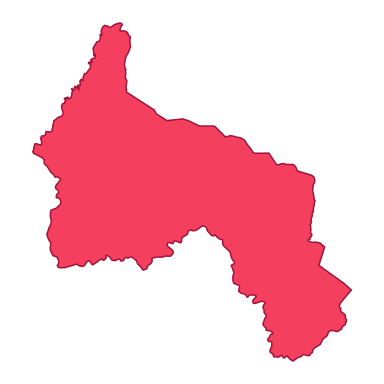 the district of Victoria, Yoro, Honduras
{"feature_id": "27666195B67496121573402", "entity_name": "Victoria", "entity_type": "district", "adm_level": 2, "iso_a3": "HND", "parent_name": "Honduras", "parent_adm1": "Yoro", "projection": "natural_earth1", "projection_center": [-87.58, 15.094], "detail": "fine", "context": "isolated", "style": "filled", "palette": "rose", "viewbox_px": 384, "rotation_deg": 0, "n_neighbors": 0, "source": "geoboundaries", "source_scale": "gbopen_adm2", "svg_char_len": 5847}
<svg xmlns="http://www.w3.org/2000/svg" viewBox="0 0 384 384"><path d="M162.3,257.2L165.0,256.1L170.2,256.2L171.2,255.6L173.0,253.5L173.3,251.9L172.4,250.1L168.3,246.8L167.2,245.4L167.1,244.4L167.8,243.0L169.5,242.4L171.8,243.5L172.7,243.6L173.3,243.1L174.2,241.2L174.9,240.9L176.8,241.3L179.5,242.6L180.8,242.7L181.5,241.6L181.7,238.7L182.1,237.9L183.1,236.9L187.3,234.4L187.7,233.7L187.9,231.8L188.8,230.7L190.8,229.9L192.9,230.8L195.2,230.6L197.7,229.3L201.8,226.2L202.8,226.0L205.5,226.5L206.4,227.7L206.6,228.9L207.7,231.2L211.6,235.5L213.4,236.0L215.1,234.7L218.2,238.3L220.8,239.5L222.5,239.7L222.8,240.4L222.7,243.8L223.5,245.8L228.4,250.3L230.1,252.3L231.4,257.4L232.7,260.0L234.4,262.1L234.4,263.1L234.0,263.8L231.5,265.1L231.2,265.6L232.9,269.3L233.7,272.3L233.8,273.9L233.0,275.5L232.9,276.4L232.9,280.4L233.9,283.4L238.7,285.2L239.5,285.9L239.6,286.8L238.7,290.2L238.7,291.3L241.1,293.2L244.3,294.0L245.3,294.5L246.0,295.1L246.7,296.8L247.2,297.2L248.0,296.9L249.3,295.3L250.4,294.9L253.1,295.1L254.5,294.9L255.2,295.7L256.4,296.1L255.0,298.1L253.4,299.6L252.9,300.4L253.0,302.6L253.6,303.4L255.2,303.4L261.7,301.2L263.9,301.8L264.6,302.4L264.7,303.6L263.3,305.7L263.0,307.6L264.1,310.1L264.1,312.5L266.1,315.3L266.2,316.6L264.7,318.8L263.2,323.1L263.1,324.5L263.4,325.4L265.9,327.9L266.1,329.8L266.4,330.3L270.8,331.1L272.7,332.9L272.5,333.9L270.8,334.4L270.3,335.0L269.6,336.9L268.1,338.4L267.7,339.9L268.8,341.6L271.0,341.4L271.7,342.1L271.9,343.5L271.7,346.7L270.7,348.2L270.4,350.0L269.8,350.9L270.6,352.7L273.0,353.7L273.2,355.6L273.7,356.5L274.3,357.0L276.4,356.9L278.4,357.2L280.6,355.7L281.5,355.4L282.2,355.8L283.4,357.7L284.1,358.0L284.9,357.6L286.4,356.0L287.0,355.8L289.9,359.2L293.1,361.0L297.8,357.6L301.3,356.5L303.0,354.4L308.4,355.7L309.5,355.5L310.0,355.1L310.6,353.5L312.3,352.5L313.0,349.8L314.0,348.4L320.3,344.3L322.8,339.2L327.2,335.7L328.4,332.2L329.0,331.5L330.6,330.5L334.0,330.7L336.7,331.6L338.9,330.8L341.6,328.9L342.4,326.6L345.2,324.6L346.3,321.4L346.3,319.4L345.3,318.0L345.4,315.4L344.4,314.1L340.6,311.3L340.8,308.4L339.9,307.7L339.1,306.2L340.6,302.8L351.3,290.0L344.5,283.8L318.9,265.4L324.6,247.0L319.7,242.8L317.3,242.5L315.9,242.0L314.8,242.4L311.3,242.2L308.0,240.7L308.7,239.2L309.8,239.3L310.4,237.4L311.4,236.2L311.8,235.0L311.7,234.1L310.4,232.5L311.0,229.7L310.5,226.9L310.7,225.5L310.1,224.5L311.6,222.1L311.0,219.3L312.3,215.7L312.0,213.8L313.1,212.3L313.3,210.7L313.5,210.4L313.3,209.2L313.6,207.1L314.2,205.4L314.3,202.9L315.1,200.7L314.1,199.3L313.5,194.0L312.6,190.9L313.2,185.0L314.7,182.1L314.6,179.4L313.9,177.0L311.7,175.3L297.1,170.8L296.0,167.4L294.5,165.5L293.2,164.5L286.5,164.5L283.8,163.6L281.4,163.7L278.9,164.8L276.4,164.5L268.9,153.1L255.3,153.3L253.8,152.9L252.9,152.1L250.6,148.6L247.3,144.5L244.8,140.5L243.9,139.7L241.7,138.4L237.9,137.2L236.1,137.2L235.0,136.5L230.3,135.6L225.6,137.1L215.2,126.8L214.0,126.1L199.5,126.0L188.8,120.9L182.8,118.9L167.0,120.6L156.3,113.9L154.4,110.1L126.5,92.1L126.2,91.1L126.7,90.0L126.2,89.1L126.0,86.3L126.9,81.0L125.2,77.1L125.8,73.4L125.3,72.0L125.9,69.7L125.1,68.1L124.4,64.9L125.3,59.3L126.2,56.1L128.3,52.7L130.6,46.5L129.9,42.9L129.9,39.0L130.4,37.4L130.2,36.7L128.3,35.0L127.7,32.8L127.1,32.2L123.8,30.7L121.0,31.2L120.2,30.9L120.0,29.7L120.6,27.6L122.2,25.1L121.7,23.7L121.2,23.3L119.3,23.0L115.2,24.3L113.1,25.5L110.6,27.5L109.9,27.5L108.3,26.3L104.6,25.4L102.7,27.1L101.4,30.2L101.2,31.6L101.8,34.3L101.5,35.1L100.6,34.5L100.1,34.7L100.4,37.3L100.0,39.9L99.1,41.1L96.6,42.0L95.8,44.0L94.5,45.3L94.0,47.1L93.0,48.2L93.5,49.9L93.8,55.5L94.5,55.9L95.3,54.8L95.8,56.0L95.0,57.0L94.5,58.3L92.4,58.6L90.9,59.9L90.8,60.9L92.3,61.6L92.3,62.1L90.9,62.9L89.3,62.1L88.6,62.4L88.7,63.3L90.4,64.9L90.6,66.0L90.5,66.9L89.7,68.9L88.4,70.2L86.7,73.0L85.9,73.6L84.6,73.5L83.2,77.1L82.8,80.5L82.4,80.7L81.2,79.4L79.9,81.2L80.3,84.5L80.1,85.5L79.7,85.8L78.2,85.0L77.7,85.3L77.8,86.1L79.0,87.8L78.8,89.5L77.1,87.6L75.6,86.4L75.0,86.3L74.5,87.1L75.0,88.7L74.5,89.7L74.0,89.9L72.2,88.5L71.6,89.0L72.8,91.3L71.8,92.9L71.8,95.8L69.9,98.7L69.3,98.8L68.1,97.5L67.4,97.2L67.2,97.4L67.3,98.4L67.1,98.9L66.8,98.9L66.4,97.7L64.5,98.4L64.4,99.0L65.4,99.6L65.6,100.0L64.7,102.0L64.5,103.2L64.1,103.5L62.8,103.5L61.5,106.2L62.3,110.5L63.3,112.3L63.1,113.4L62.2,115.4L61.3,116.4L58.2,117.3L53.8,120.9L53.5,123.3L52.9,125.2L52.8,127.0L52.0,129.2L52.5,130.5L52.3,130.9L49.7,132.3L48.4,131.6L46.2,131.5L45.8,132.0L45.6,134.3L45.3,134.9L43.6,136.0L41.9,135.9L41.4,136.3L40.7,138.5L41.5,141.3L41.6,143.9L41.3,144.7L39.2,144.6L36.2,143.7L34.9,143.9L33.7,148.1L33.7,149.9L32.7,151.7L33.7,153.5L38.9,155.9L42.9,158.2L44.2,159.9L44.1,162.8L44.6,163.9L45.6,165.2L46.9,166.0L51.0,172.4L53.9,174.9L55.1,177.2L57.3,176.8L60.6,179.0L60.2,180.1L56.3,185.0L55.7,186.2L55.4,187.7L56.0,188.8L58.0,190.1L58.6,191.9L58.3,193.1L56.6,194.7L56.2,197.1L56.9,197.9L59.1,198.1L59.6,198.5L60.8,201.2L60.6,203.5L60.0,204.6L56.6,208.0L51.0,210.2L50.6,211.5L50.3,216.5L51.3,220.5L51.2,222.6L50.5,224.8L48.7,228.4L47.9,231.6L47.0,233.4L47.1,235.6L47.7,237.4L49.2,240.6L50.9,242.9L50.2,247.7L50.5,250.6L53.0,255.6L56.3,256.8L57.6,258.1L58.9,261.6L58.2,264.1L57.3,265.5L58.0,267.0L59.9,267.8L65.0,267.6L76.8,264.1L79.0,265.7L81.3,266.4L82.8,266.4L84.7,265.1L87.4,261.3L88.9,260.8L90.4,261.8L92.1,264.6L92.9,264.7L97.4,261.9L98.3,260.8L101.1,259.2L102.5,259.1L103.1,260.3L104.3,260.1L106.3,257.7L105.9,255.9L106.4,255.4L107.8,255.8L109.9,257.1L111.4,259.7L112.6,260.4L115.6,260.5L117.5,259.4L119.4,259.1L120.1,259.4L121.1,261.1L123.5,260.6L124.4,258.5L125.2,257.5L126.1,257.5L128.0,258.2L130.1,256.9L131.3,257.0L133.0,257.9L136.3,260.6L137.8,264.1L140.8,266.8L142.4,269.4L143.5,270.1L146.5,268.9L147.4,267.6L147.5,266.0L147.9,265.5L150.0,264.3L151.4,262.8L152.2,261.1L151.8,258.9L152.2,258.3L153.9,257.7L157.4,257.0L162.3,257.2Z" fill="#f43f5e" stroke="#9f1239" stroke-width="1.5"/></svg>